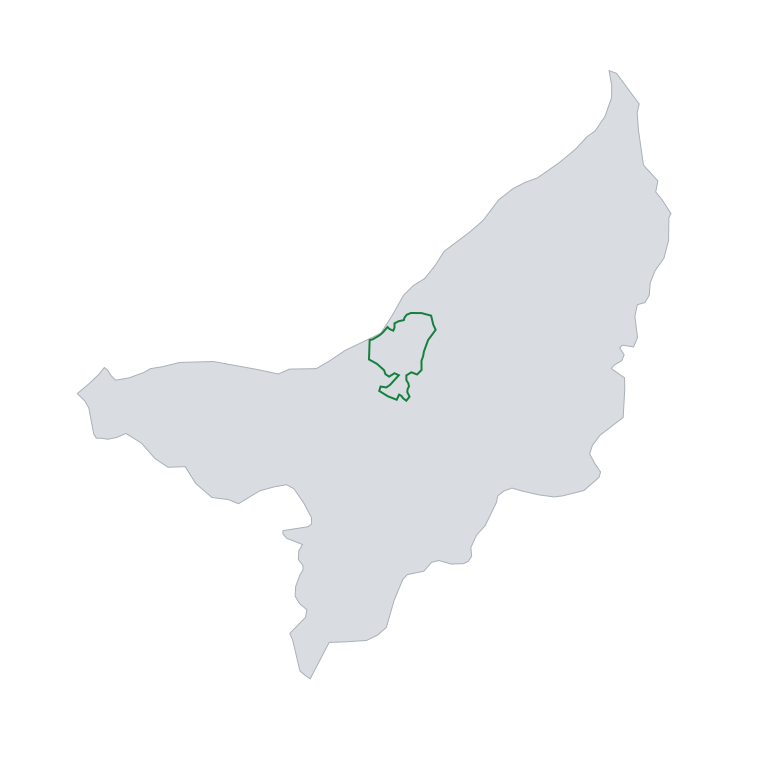 where Nisporeni sits in Moldova, rotated 83°
{"feature_id": "MDA-1642", "entity_name": "Nisporeni", "entity_type": "District", "adm_level": 1, "iso_a3": "MDA", "parent_name": "Moldova", "parent_adm1": "", "projection": "robinson", "projection_center": [28.24, 47.078], "detail": "coarse", "context": "in_parent", "style": "outline", "palette": "green", "viewbox_px": 768, "rotation_deg": 83, "n_neighbors": 0, "source": "natural_earth", "source_scale": "10m", "svg_char_len": 2604}
<svg xmlns="http://www.w3.org/2000/svg" viewBox="0 0 768 768"><g transform="rotate(83 384 384)"><path d="M100.4,122.4L104.0,115.4L137.2,96.6L145.8,99.7L163.1,100.5L198.4,99.8L215.8,87.4L226.5,90.9L235.3,85.4L249.9,78.4L251.9,79.8L253.8,81.0L276.3,84.1L293.2,90.8L304.5,101.1L316.2,107.5L328.2,109.9L334.9,115.1L336.2,122.9L347.5,126.8L368.7,126.7L377.7,131.8L374.5,142.2L376.7,145.7L384.2,142.1L389.9,145.2L393.0,152.9L396.4,156.5L407.2,144.5L418.6,145.7L446.3,150.7L461.1,175.7L470.4,184.7L478.5,188.4L488.7,184.4L497.7,179.8L502.9,182.0L514.1,198.6L516.8,220.3L516.8,229.0L512.9,243.8L507.3,259.5L502.9,269.7L504.8,277.9L508.9,284.7L515.5,287.0L537.0,300.9L545.1,310.5L556.8,317.7L565.7,318.0L570.3,322.0L572.0,326.9L570.9,339.3L565.9,350.9L566.7,358.4L574.6,367.2L575.5,377.4L576.0,384.0L580.2,389.1L600.1,400.4L625.8,411.3L632.3,420.7L636.4,432.5L635.3,452.5L633.8,469.9L667.6,493.2L663.8,497.6L658.6,502.4L626.6,505.9L620.1,507.9L606.0,490.3L598.6,488.1L591.8,494.5L583.8,498.1L574.1,496.3L563.6,490.9L558.4,487.0L554.2,486.6L547.7,490.4L539.0,488.8L533.4,484.5L525.3,499.4L520.3,502.6L517.2,502.1L516.4,476.7L514.1,472.9L507.6,472.3L492.0,478.3L477.1,486.1L472.1,493.0L472.7,505.5L474.9,520.4L485.1,543.0L479.6,552.9L475.7,568.6L459.8,583.0L441.8,591.4L440.3,608.6L430.2,620.3L413.1,632.0L401.6,646.2L404.5,655.8L405.2,665.0L403.3,671.2L402.8,676.1L398.3,678.2L372.0,679.9L364.6,682.9L356.1,689.6L347.9,676.9L339.6,665.7L333.6,659.6L336.1,656.9L342.7,653.7L347.5,649.9L346.9,636.6L343.4,621.3L340.3,613.9L339.9,602.3L337.7,584.2L340.9,550.7L354.0,508.5L361.2,487.6L357.7,476.1L360.5,449.3L354.8,436.0L346.0,418.7L333.3,381.1L317.6,368.0L298.1,353.6L289.8,342.8L284.3,330.8L272.7,318.9L259.5,308.0L243.8,280.7L235.6,268.4L233.1,265.1L215.1,247.6L205.6,231.8L200.9,218.8L198.2,206.8L185.6,183.0L174.2,165.2L163.4,152.5L158.4,143.5L145.6,132.2L127.5,123.2L115.7,121.6L100.4,122.4Z" fill="#d9dde1" stroke="#a8b0b8" stroke-width="1"/><path d="M338.7,392.9L338.3,389.8L335.1,382.5L332.9,379.1L327.9,373.6L330.1,371.8L332.2,368.3L329.3,366.7L325.1,366.2L323.5,361.9L323.0,356.5L320.5,355.5L318.0,353.0L316.8,348.6L318.2,338.1L321.9,328.9L331.0,327.9L336.5,326.1L345.8,334.9L356.6,340.4L361.2,341.8L365.6,344.0L374.6,345.0L378.6,350.0L375.7,355.4L378.2,360.8L383.1,361.3L386.2,359.8L389.4,359.5L392.0,361.2L394.9,361.9L399.7,360.2L403.3,363.9L400.5,366.8L398.0,368.1L396.4,370.3L401.2,373.3L396.7,381.6L390.3,389.6L386.1,387.7L387.7,382.1L385.6,378.1L377.1,368.2L374.6,372.3L377.3,378.0L374.4,381.4L370.4,382.2L363.1,388.6L357.8,395.9L338.7,392.9Z" fill="none" stroke="#15803d" stroke-width="2"/></g></svg>